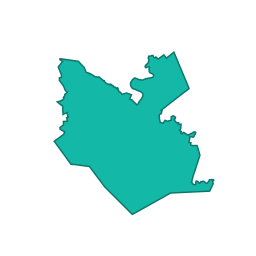 Gaujienas pag., Apes, Latvia, rotated 156°
{"feature_id": "27541924B78373668882921", "entity_name": "Gaujienas pag.", "entity_type": "district", "adm_level": 2, "iso_a3": "LVA", "parent_name": "Latvia", "parent_adm1": "Apes", "projection": "orthographic", "projection_center": [26.394, 57.508], "detail": "fine", "context": "isolated", "style": "filled", "palette": "teal", "viewbox_px": 256, "rotation_deg": 156, "n_neighbors": 0, "source": "geoboundaries", "source_scale": "gbopen_adm2", "svg_char_len": 5295}
<svg xmlns="http://www.w3.org/2000/svg" viewBox="0 0 256 256"><g transform="rotate(156 128 128)"><path d="M161.5,218.7L162.0,218.9L162.4,218.1L160.6,215.5L166.9,212.1L167.2,203.3L168.5,201.3L170.3,201.7L170.8,200.4L171.3,199.6L171.3,199.3L170.0,193.5L169.9,192.9L169.8,191.3L170.0,188.3L170.0,187.7L169.6,186.7L168.8,185.5L171.7,184.3L172.0,184.2L172.1,184.3L172.8,183.2L174.5,182.1L174.1,181.7L174.6,181.0L175.4,180.7L176.4,180.2L176.6,180.2L177.4,180.3L177.8,180.1L182.0,180.6L179.7,176.0L179.2,175.9L179.0,174.5L179.0,174.1L179.4,173.0L179.9,171.7L180.9,169.4L181.5,167.6L181.9,166.8L177.4,166.9L177.8,165.4L178.1,163.6L178.4,162.1L179.8,162.4L180.6,158.8L184.4,160.3L185.6,157.1L190.0,156.2L190.5,154.5L189.5,152.9L188.8,152.1L187.3,150.0L187.4,149.9L188.2,149.5L188.5,149.2L188.9,148.5L194.5,147.2L200.8,145.9L198.0,133.0L196.9,128.1L196.6,126.3L196.5,125.9L194.9,118.4L195.0,118.5L195.0,118.4L178.9,108.5L173.1,83.4L159.2,47.3L115.5,51.3L79.1,37.1L73.0,42.3L72.7,42.5L72.9,43.3L72.2,44.9L71.8,45.4L71.2,45.2L71.0,45.3L70.9,45.7L71.2,46.2L72.2,46.7L74.6,47.6L76.2,46.3L77.0,45.9L77.3,45.6L78.1,45.4L78.7,45.5L79.1,45.9L79.9,47.4L80.7,48.8L81.2,48.9L81.8,48.7L82.2,48.7L82.6,49.1L83.2,49.4L84.7,48.3L85.1,48.3L85.4,48.5L85.5,49.6L85.7,50.2L86.5,51.3L86.9,51.6L87.1,51.7L87.3,51.7L87.6,51.6L87.9,51.3L88.7,49.7L88.9,49.3L89.2,49.0L89.5,48.9L89.9,49.0L90.9,49.5L91.2,49.8L91.4,50.1L91.4,50.7L91.5,51.0L91.6,51.4L91.9,51.9L92.2,52.2L88.1,57.6L83.4,62.6L82.4,63.8L80.1,66.4L77.8,68.8L77.8,69.2L76.5,70.4L73.4,73.8L72.1,83.0L72.0,83.8L73.4,84.5L75.4,85.3L77.5,86.7L77.5,87.1L77.1,88.3L76.5,88.8L78.3,90.0L77.8,90.6L76.2,92.7L75.2,94.7L75.0,94.8L73.3,93.9L71.9,93.0L70.9,93.7L68.4,95.7L68.0,96.1L68.4,97.3L69.1,97.2L69.8,97.6L70.4,97.6L70.8,97.1L72.4,97.4L72.9,97.4L74.5,97.0L75.0,97.2L75.7,97.0L76.3,97.6L78.1,99.8L78.4,100.8L79.3,101.5L80.7,100.7L81.9,101.8L80.7,103.1L82.0,104.8L81.5,105.1L80.2,105.8L78.0,109.9L80.6,110.8L80.1,111.6L79.6,112.2L81.6,113.3L82.5,116.6L82.4,117.0L82.1,117.1L81.4,117.2L81.0,117.3L80.9,117.5L80.6,118.1L80.3,118.4L80.8,119.7L81.9,120.8L82.8,120.6L83.7,120.8L84.5,119.6L85.0,118.5L85.5,117.5L89.5,118.2L89.5,118.4L90.4,119.2L91.0,120.0L94.0,118.1L96.3,120.1L95.5,123.8L94.7,125.7L94.1,127.4L91.8,127.6L89.9,130.0L90.7,130.7L68.7,136.2L59.4,138.4L59.1,138.4L59.1,138.5L56.2,139.2L55.9,147.8L55.5,168.5L55.4,168.5L55.4,170.2L55.2,178.7L56.0,178.4L64.4,176.2L65.5,180.2L72.5,178.8L73.1,180.1L73.2,180.3L73.3,180.5L73.2,180.7L73.4,181.2L73.8,181.5L74.0,181.2L74.6,181.1L75.2,181.5L75.7,182.1L75.8,182.4L75.8,182.6L75.6,183.3L75.6,183.6L75.7,183.9L75.8,184.1L76.4,184.5L76.7,184.6L77.4,184.5L78.2,184.5L78.6,184.6L78.9,184.8L79.4,185.1L79.9,185.2L80.0,185.1L80.2,184.9L80.3,184.6L80.6,184.3L80.9,184.1L81.1,183.1L81.2,182.8L81.2,181.7L81.3,181.4L81.5,181.0L82.2,180.4L82.5,180.1L82.9,179.5L83.3,179.2L83.9,179.0L84.6,178.7L86.1,178.3L87.1,177.5L87.4,177.1L87.5,176.8L87.4,176.5L87.2,176.3L87.2,176.2L87.3,176.0L87.2,175.9L87.1,175.7L86.4,175.8L85.2,175.8L84.6,175.6L84.1,175.4L83.9,175.2L83.7,175.0L83.6,174.8L83.6,174.6L83.8,174.4L84.3,174.0L84.6,173.6L84.8,173.3L85.3,172.2L85.5,171.3L85.6,170.8L85.6,170.4L85.6,170.0L85.5,169.7L85.3,169.4L84.5,168.4L84.1,168.1L83.5,167.3L83.3,166.9L83.2,166.6L83.2,166.1L83.2,165.7L83.4,165.2L83.7,164.9L84.4,164.4L84.9,164.3L85.7,164.3L86.6,164.6L91.8,165.8L93.0,165.7L94.4,165.8L94.8,165.8L95.5,166.0L95.8,166.1L96.7,166.8L97.3,167.2L97.8,167.4L98.2,167.7L99.7,169.2L101.1,170.7L101.6,171.0L102.0,170.9L103.4,170.6L104.4,170.2L105.0,169.9L106.1,169.0L106.7,168.7L107.5,167.9L107.7,167.4L107.9,167.0L108.2,165.9L108.3,165.3L108.3,164.9L108.1,163.3L107.7,162.2L107.3,161.7L106.2,160.8L105.2,159.8L104.2,158.5L103.2,157.6L101.6,155.8L101.3,155.3L101.0,154.9L100.8,154.4L100.6,153.6L100.6,153.1L100.8,152.3L100.9,151.9L101.1,151.5L101.5,151.1L103.3,149.6L104.3,148.9L104.7,148.7L105.3,148.4L106.3,148.0L106.7,147.8L107.9,146.9L108.7,146.0L109.2,145.8L110.4,145.5L110.4,145.8L111.2,147.3L113.1,152.4L114.9,153.5L112.3,156.0L112.0,156.5L111.3,157.0L115.2,160.6L119.7,161.1L119.7,161.3L119.8,161.7L120.4,163.5L120.5,163.7L120.5,163.9L120.9,164.3L121.3,164.5L121.4,164.8L121.5,165.3L121.5,165.5L121.2,166.2L121.3,166.4L121.3,166.6L121.5,166.7L121.5,166.8L121.5,167.0L121.6,167.3L121.8,167.5L121.6,167.6L121.4,167.7L121.4,167.8L121.4,168.0L121.1,168.0L121.0,168.5L121.1,168.9L121.3,169.0L121.6,168.9L121.8,169.0L122.0,168.9L122.2,169.1L122.3,169.1L122.5,169.2L122.8,169.6L122.9,170.1L123.2,170.5L123.4,170.7L123.7,170.8L123.8,170.9L123.8,171.1L124.0,171.3L124.1,171.5L124.3,171.5L124.5,171.9L124.4,172.3L124.4,172.6L124.6,172.9L125.1,173.2L125.3,173.6L125.4,174.1L125.6,174.0L125.8,174.1L125.9,174.5L126.2,174.4L126.3,174.5L126.2,174.5L126.4,174.5L126.5,174.6L126.6,174.8L126.4,175.0L126.5,175.1L126.4,175.2L126.5,175.3L126.9,175.3L127.1,175.5L127.3,175.5L127.5,175.6L127.8,175.7L128.0,175.7L128.1,175.8L128.3,176.0L128.2,176.1L128.4,176.3L128.6,176.4L129.1,176.7L129.3,177.0L129.4,177.4L129.6,177.7L130.2,178.7L130.2,178.9L130.5,179.7L130.4,180.7L130.6,180.9L131.3,180.9L131.4,181.1L131.5,181.5L131.4,181.9L132.5,184.0L133.6,186.3L137.2,188.1L137.5,188.8L138.6,190.4L138.8,190.9L139.1,191.2L141.1,193.7L141.2,193.4L141.8,194.1L143.6,196.0L143.4,201.1L146.3,209.2L161.5,218.7Z" fill="#14b8a6" stroke="#0f766e" stroke-width="1.5"/></g></svg>